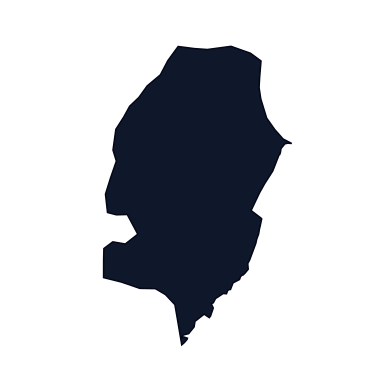 Lythrodontas, Nicosia, Cyprus (Equal Earth projection), rotated 343°
{"feature_id": "46923920B22593785747920", "entity_name": "Lythrodontas", "entity_type": "district", "adm_level": 2, "iso_a3": "CYP", "parent_name": "Cyprus", "parent_adm1": "Nicosia", "projection": "equal_earth", "projection_center": [33.288, 34.939], "detail": "fine", "context": "isolated", "style": "filled", "palette": "ink", "viewbox_px": 384, "rotation_deg": 343, "n_neighbors": 0, "source": "geoboundaries", "source_scale": "gbopen_adm2", "svg_char_len": 1271}
<svg xmlns="http://www.w3.org/2000/svg" viewBox="0 0 384 384"><g transform="rotate(343 192 192)"><path d="M271.9,64.1L248.3,60.2L236.1,55.5L221.3,48.8L207.3,59.3L196.0,70.7L180.2,77.4L168.9,86.0L157.5,91.7L148.8,100.2L137.5,109.8L128.7,128.8L128.7,140.3L118.3,154.6L108.6,168.8L105.2,186.9L113.0,191.7L123.5,194.6L127.8,216.5L113.0,222.2L101.7,216.5L91.2,220.3L87.7,230.8L82.4,248.0L98.2,257.5L113.9,268.9L128.7,273.7L136.6,282.3L142.7,294.7L140.9,309.0L137.5,335.2L140.6,333.8L144.1,331.6L144.9,330.5L141.9,328.3L139.7,328.3L141.7,326.2L147.4,326.5L154.6,321.6L157.0,316.6L167.9,312.4L171.8,317.2L173.5,316.0L178.4,309.2L177.8,304.4L180.0,304.2L183.3,300.8L192.2,298.2L195.2,299.4L197.4,296.6L198.8,296.2L200.3,296.5L204.7,290.9L211.8,289.6L213.7,287.1L215.6,286.2L216.7,286.3L219.3,284.9L223.2,282.3L224.4,276.7L227.3,273.8L235.7,262.8L238.0,259.8L240.2,255.9L243.4,251.7L245.6,247.3L247.3,244.4L248.5,242.2L250.8,238.1L250.5,237.3L243.1,227.0L250.7,218.7L256.2,212.7L257.2,211.7L264.1,205.1L275.4,195.5L285.9,182.2L286.8,181.9L288.2,179.9L289.8,176.5L294.9,173.1L297.7,173.3L301.2,174.6L301.6,174.8L294.6,167.9L289.4,156.5L285.0,143.1L285.0,123.1L286.7,111.7L290.2,102.2L296.3,86.9L288.5,76.4L271.9,64.1Z" fill="#0f172a" stroke="#020617" stroke-width="1.5"/></g></svg>